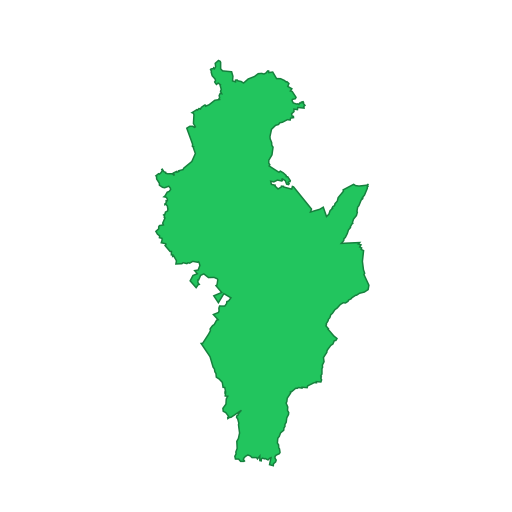 the district of Atlixco, Puebla, Mexico, rotated 235°
{"feature_id": "50627088B38738357481800", "entity_name": "Atlixco", "entity_type": "district", "adm_level": 2, "iso_a3": "MEX", "parent_name": "Mexico", "parent_adm1": "Puebla", "projection": "albers", "projection_center": [-98.439, 18.901], "detail": "fine", "context": "isolated", "style": "filled", "palette": "green", "viewbox_px": 512, "rotation_deg": 235, "n_neighbors": 0, "source": "geoboundaries", "source_scale": "gbopen_adm2", "svg_char_len": 6129}
<svg xmlns="http://www.w3.org/2000/svg" viewBox="0 0 512 512"><g transform="rotate(235 256 256)"><path d="M179.5,335.1L183.0,336.1L190.6,340.1L198.7,347.2L201.1,345.9L202.0,347.2L204.0,346.1L204.9,348.4L207.2,346.7L207.6,348.6L217.4,333.1L218.3,336.7L219.8,338.1L219.9,339.7L222.0,343.6L224.4,346.8L225.1,349.7L225.7,349.8L227.3,353.1L227.2,354.0L228.3,354.4L230.3,357.1L231.5,361.4L233.8,364.2L234.6,364.2L237.8,367.4L238.2,369.1L241.5,374.2L241.7,376.0L242.4,376.0L242.1,376.6L243.1,377.6L243.6,379.7L247.6,386.0L249.0,387.0L248.8,387.6L249.8,387.9L250.5,389.3L250.4,387.5L254.2,380.5L256.6,377.9L258.7,377.1L260.2,365.3L258.9,364.8L256.7,356.8L254.3,354.0L253.6,350.8L252.2,349.2L252.4,347.4L251.6,345.8L251.1,346.0L250.7,342.8L248.4,339.6L247.9,336.4L257.4,339.1L257.7,335.0L260.8,325.8L262.6,328.4L291.1,326.4L292.1,325.7L290.3,323.6L296.7,318.2L297.3,318.5L298.6,316.9L298.0,316.4L298.3,312.5L302.5,311.7L303.0,312.3L305.8,309.7L308.8,310.9L306.5,313.1L305.9,317.1L302.6,320.2L302.8,320.9L304.1,321.2L304.0,321.9L300.9,323.2L297.3,322.3L295.8,323.6L296.3,324.7L297.8,324.5L298.0,325.7L297.4,326.5L298.0,327.3L302.7,327.4L303.7,326.3L304.7,326.9L308.5,326.0L311.6,324.6L311.4,322.8L322.2,318.4L322.9,319.7L324.7,319.7L327.1,321.4L329.7,327.1L335.4,332.4L337.5,332.4L340.0,333.9L343.9,334.8L345.8,335.9L350.9,341.4L351.8,347.0L350.8,349.9L351.5,351.8L350.4,354.4L349.7,359.9L347.8,362.0L349.1,363.4L347.8,366.1L348.9,366.7L349.5,365.7L352.1,366.7L352.5,369.9L354.6,371.3L352.1,373.9L353.7,375.4L349.6,380.2L351.2,381.0L351.3,382.5L354.3,382.3L354.5,383.0L355.4,383.1L356.1,381.3L355.6,380.4L356.3,379.5L355.5,378.0L356.7,377.5L357.0,376.6L360.0,374.3L362.7,374.7L363.4,375.6L362.3,378.4L363.0,379.8L370.0,380.0L371.5,378.8L372.4,381.3L376.7,379.3L378.4,381.9L381.1,381.3L381.3,380.5L383.4,380.0L387.2,377.8L389.5,374.6L397.1,375.2L398.9,371.7L400.3,372.5L400.9,371.7L400.2,369.1L400.5,366.9L402.3,365.4L404.1,362.4L403.9,357.7L405.5,351.1L404.8,345.0L407.5,343.9L409.8,341.7L411.0,341.5L411.8,340.1L410.4,339.1L412.9,337.2L416.5,340.2L420.9,341.7L426.8,334.8L429.6,334.4L434.9,338.1L436.0,338.3L437.7,337.4L437.2,333.1L434.2,331.5L433.2,329.3L434.4,329.2L434.0,328.5L435.0,326.5L434.7,325.6L433.4,325.7L432.2,324.7L428.8,323.5L424.4,324.0L422.7,323.3L422.3,322.0L421.3,321.9L419.2,322.0L419.4,324.2L416.6,325.1L416.4,324.5L412.4,323.1L411.3,321.4L408.6,321.0L409.7,319.9L408.6,317.9L406.4,316.9L406.1,315.9L405.1,315.9L407.2,311.5L406.8,304.3L407.6,300.7L408.6,301.1L409.1,300.5L409.1,296.4L408.2,294.8L409.5,293.9L409.1,291.8L409.8,291.5L410.1,285.8L408.8,286.6L407.3,286.2L400.5,280.8L396.6,280.4L396.6,279.4L398.6,278.5L400.2,276.2L400.4,272.6L384.0,268.2L382.3,266.8L381.3,267.5L381.0,266.9L374.7,265.1L370.2,257.6L369.4,247.2L368.6,245.8L370.2,241.5L369.5,241.4L370.0,239.3L370.8,239.4L371.4,235.9L368.7,235.3L371.4,234.6L374.0,230.8L375.6,229.5L376.3,230.0L377.8,228.9L380.9,229.0L380.9,228.4L379.6,228.2L378.7,225.8L378.5,223.9L379.3,223.4L379.1,220.0L378.3,220.2L376.1,218.8L371.1,218.6L369.4,217.5L365.9,218.8L364.3,220.3L363.2,224.6L360.8,224.8L359.4,224.2L358.7,222.0L359.2,219.9L357.4,216.0L357.3,214.6L355.8,216.0L354.4,216.2L352.6,215.6L352.1,214.8L352.8,214.1L351.1,213.0L350.9,211.2L350.3,210.8L350.1,211.8L347.9,212.1L345.0,210.7L345.4,211.3L343.6,209.3L343.9,207.0L342.6,205.6L342.6,203.9L341.6,204.2L340.2,203.0L339.4,203.3L336.4,198.4L334.6,198.0L336.3,194.4L335.7,193.0L334.1,192.0L333.6,188.1L330.4,187.8L327.8,188.6L326.4,187.4L324.4,189.1L323.0,188.3L321.2,186.0L317.8,189.1L316.9,188.7L316.7,187.5L309.0,188.2L308.2,189.3L305.5,187.3L304.5,188.5L303.4,187.5L302.9,188.6L297.7,188.1L295.4,185.8L292.2,190.9L292.3,192.5L289.4,195.0L289.5,196.4L288.2,197.6L287.9,201.1L284.3,204.7L284.2,205.5L283.2,205.6L280.4,204.6L277.7,200.5L279.2,197.4L275.1,197.8L276.2,193.2L273.4,187.8L264.4,188.8L265.7,192.3L265.3,193.2L267.7,193.2L269.7,194.7L269.3,195.3L271.9,199.5L271.3,203.0L265.6,204.7L262.5,209.4L259.5,211.2L258.5,211.1L254.7,207.5L254.7,206.2L245.8,207.0L247.6,198.6L239.3,198.4L243.6,208.1L236.1,211.5L234.9,207.8L235.4,206.0L233.8,204.5L232.9,201.6L235.9,197.5L234.6,195.7L232.0,194.1L231.3,192.7L232.5,187.5L225.5,188.4L226.0,186.9L223.8,182.4L223.9,180.5L223.0,177.7L222.5,176.5L220.9,175.8L219.2,172.4L215.1,162.3L215.8,160.9L199.9,160.6L189.5,157.1L187.5,157.2L184.7,155.9L182.7,155.8L179.5,154.0L176.3,155.3L171.8,155.9L167.3,153.7L166.2,155.0L162.4,153.3L162.7,152.9L161.6,152.0L161.3,152.5L159.0,150.5L157.3,152.4L156.0,149.7L151.9,146.4L150.2,141.5L147.6,140.1L145.1,141.4L140.5,141.6L139.8,140.1L139.0,139.7L139.0,141.5L138.2,143.0L138.0,155.6L136.9,151.1L136.0,150.0L136.0,148.5L134.9,147.5L133.1,147.6L128.8,146.0L127.9,144.9L120.4,141.0L116.6,136.9L115.2,134.0L109.2,130.2L107.0,127.1L105.3,126.1L104.1,123.8L101.5,122.7L99.6,125.3L96.6,125.6L94.7,128.3L94.7,129.0L96.7,129.0L97.5,130.4L97.9,132.3L97.7,135.2L95.4,136.7L93.2,137.1L90.5,140.9L88.9,140.8L90.0,144.4L86.2,141.8L85.2,142.8L86.7,144.0L86.7,145.4L85.0,146.6L84.9,147.3L82.1,148.9L82.5,151.5L82.2,152.6L77.3,147.4L74.3,149.9L75.8,151.2L76.1,154.0L77.3,155.5L79.5,155.6L80.9,156.6L81.3,158.4L80.7,161.7L81.3,163.0L84.5,164.6L85.8,164.6L88.4,166.2L90.5,166.2L94.2,169.3L94.9,171.6L97.0,174.6L97.4,178.8L99.1,180.2L99.8,182.0L101.4,183.0L102.5,185.4L105.8,188.4L107.5,191.7L109.0,193.0L111.4,193.2L114.1,195.4L118.3,196.3L119.0,197.7L121.6,200.0L123.8,205.6L124.9,206.2L124.4,207.0L124.9,212.6L123.9,214.0L123.9,215.4L121.4,217.9L122.1,218.4L118.8,222.4L120.0,223.8L118.9,231.0L117.5,232.8L118.5,233.3L115.6,236.9L116.9,238.7L118.9,239.1L119.5,240.2L120.6,240.2L121.5,242.3L126.0,245.5L126.6,246.7L128.6,247.8L130.4,251.1L134.1,253.0L136.5,258.8L137.7,259.8L138.4,261.5L139.9,266.0L139.8,268.5L141.7,271.5L141.0,273.0L141.9,275.0L145.9,273.9L154.8,273.0L154.9,273.6L158.7,273.2L159.3,274.3L160.2,274.6L161.6,277.9L162.6,278.9L163.2,281.2L165.0,283.5L165.2,285.7L166.8,289.9L166.8,292.6L167.9,297.2L167.7,300.6L166.2,302.4L166.1,305.4L166.8,306.4L166.4,309.5L166.8,310.5L166.7,315.1L166.2,315.9L166.1,319.4L164.3,324.1L164.2,328.6L167.3,331.7L179.0,333.8L179.5,335.1Z" fill="#22c55e" stroke="#15803d" stroke-width="1.5"/></g></svg>